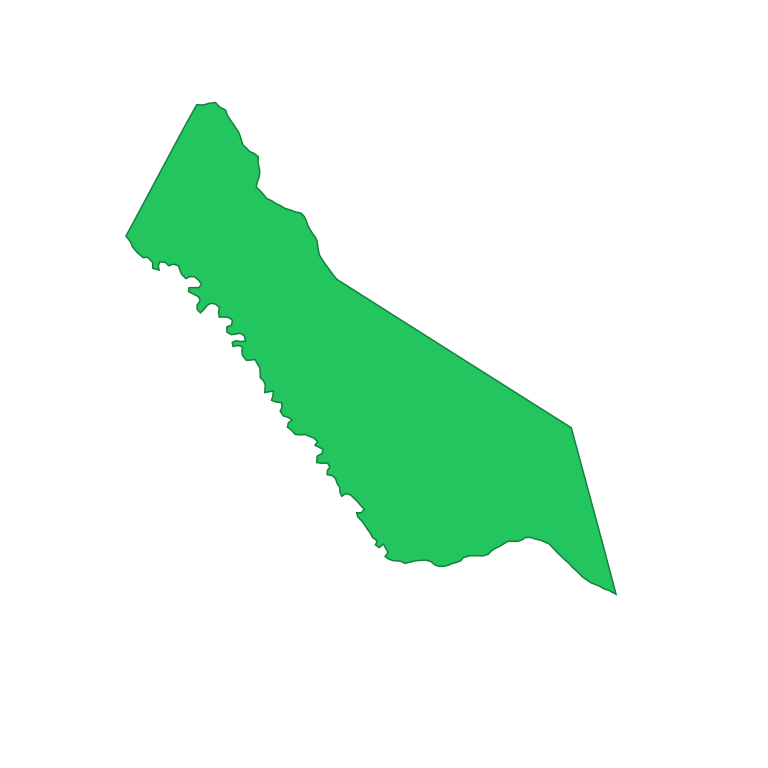 outline of Nova Timboteua, Pará, Brazil, rotated 303°
{"feature_id": "56859067B79534795748726", "entity_name": "Nova Timboteua", "entity_type": "district", "adm_level": 2, "iso_a3": "BRA", "parent_name": "Brazil", "parent_adm1": "Pará", "projection": "robinson", "projection_center": [-47.412, -1.17], "detail": "fine", "context": "isolated", "style": "filled", "palette": "green", "viewbox_px": 768, "rotation_deg": 303, "n_neighbors": 0, "source": "geoboundaries", "source_scale": "gbopen_adm2", "svg_char_len": 2680}
<svg xmlns="http://www.w3.org/2000/svg" viewBox="0 0 768 768"><g transform="rotate(303 384 384)"><path d="M449.3,564.9L447.6,425.2L446.9,363.3L446.1,287.7L447.4,283.3L452.7,269.1L456.5,260.4L459.3,257.2L467.2,250.2L469.7,246.6L471.3,242.2L473.4,237.6L475.6,233.7L478.7,229.7L481.1,225.8L482.1,221.1L480.1,215.9L479.1,211.2L477.3,205.0L477.2,199.9L476.4,194.9L476.6,190.0L475.6,184.5L477.2,180.2L478.7,174.8L479.6,169.5L484.5,167.8L489.4,166.6L493.4,164.8L496.9,162.0L500.7,158.1L506.1,154.7L506.7,149.5L505.8,144.8L506.9,140.2L507.7,135.4L513.7,128.2L516.3,124.5L521.9,111.0L524.2,106.1L527.4,102.1L526.8,95.3L528.3,89.2L523.8,84.1L519.6,80.5L516.1,74.8L493.0,76.4L486.6,76.9L381.2,85.9L367.5,87.0L365.0,94.3L362.0,98.4L359.9,105.2L358.8,113.2L361.5,116.6L359.9,123.8L355.1,127.1L357.1,133.3L360.3,130.3L364.5,129.6L366.9,134.4L365.9,139.0L369.9,142.2L371.2,147.5L368.4,150.6L365.8,154.5L364.5,160.5L368.4,162.7L370.8,166.8L370.1,172.1L368.0,176.8L364.0,176.2L358.6,168.0L355.0,169.7L356.2,181.3L353.5,184.5L348.3,184.2L344.7,186.8L343.7,191.3L348.3,192.4L353.7,192.9L357.5,194.9L359.2,199.2L358.5,204.3L354.5,205.8L350.3,209.4L353.1,213.4L355.1,217.4L355.0,222.0L350.5,224.1L346.2,221.1L341.9,224.1L342.3,229.2L348.3,235.9L348.3,240.5L344.7,244.4L341.7,241.0L339.8,236.5L336.3,234.0L333.2,236.9L337.0,240.8L337.9,245.3L333.8,247.0L330.9,249.8L328.9,255.5L331.4,259.1L334.3,262.3L329.9,271.0L325.7,274.3L322.0,276.6L321.0,281.4L318.5,285.0L311.8,288.6L317.8,294.9L313.6,297.3L309.1,298.5L309.9,302.9L312.5,308.4L308.8,311.2L304.6,311.8L302.4,316.9L303.7,321.5L303.9,326.6L299.3,324.9L295.2,326.5L294.9,331.2L293.4,336.8L295.8,341.6L298.6,345.2L300.5,354.6L299.5,359.7L295.0,359.5L296.0,368.6L292.0,369.8L287.0,367.2L281.5,370.3L283.5,374.9L287.0,379.7L284.8,383.9L280.6,383.6L277.0,385.8L279.0,390.4L278.3,394.8L275.3,398.5L273.0,403.4L269.3,405.9L266.8,409.7L271.3,411.6L272.8,416.3L270.8,426.3L269.3,430.9L268.3,435.6L263.6,435.1L261.2,431.2L258.3,434.3L257.2,439.2L255.7,443.6L253.6,448.1L251.6,453.6L249.1,457.6L248.7,463.8L244.4,464.4L244.2,469.2L249.4,470.6L245.0,479.1L239.9,478.9L239.7,483.4L240.8,487.8L244.4,494.3L245.0,499.3L253.1,506.9L256.3,511.2L259.1,515.1L260.6,520.1L260.0,525.2L261.1,529.8L264.2,534.0L267.4,536.9L270.9,539.2L274.1,542.2L277.5,544.6L281.8,545.1L287.0,549.9L293.7,560.5L297.8,564.1L302.2,564.9L306.7,566.8L311.1,569.5L319.5,573.6L325.0,582.0L328.3,584.6L332.1,586.1L335.3,590.7L336.3,595.1L338.3,600.5L339.8,609.6L336.8,622.4L334.9,632.0L334.4,636.9L332.9,641.5L332.1,647.1L330.2,655.9L330.0,665.4L331.9,675.6L332.1,680.4L333.3,684.7L334.0,693.2L369.3,654.2L415.1,603.1L449.3,564.9Z" fill="#22c55e" stroke="#15803d" stroke-width="1.5"/></g></svg>